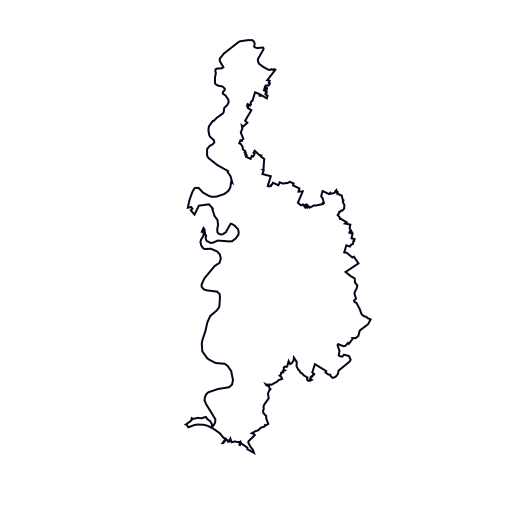 the district of Cosamaloapan de Carpio, Veracruz, Mexico, rotated 122°
{"feature_id": "50627088B77011733949691", "entity_name": "Cosamaloapan de Carpio", "entity_type": "district", "adm_level": 2, "iso_a3": "MEX", "parent_name": "Mexico", "parent_adm1": "Veracruz", "projection": "albers", "projection_center": [-95.972, 18.282], "detail": "fine", "context": "isolated", "style": "outline", "palette": "ink", "viewbox_px": 512, "rotation_deg": 122, "n_neighbors": 0, "source": "geoboundaries", "source_scale": "gbopen_adm2", "svg_char_len": 6144}
<svg xmlns="http://www.w3.org/2000/svg" viewBox="0 0 512 512"><g transform="rotate(122 256 256)"><path d="M164.3,364.2L171.1,364.6L174.4,363.1L177.8,360.2L179.2,358.3L180.2,352.8L181.9,351.5L184.3,352.0L187.4,353.7L191.3,354.1L196.8,350.7L198.1,348.3L199.4,337.1L198.8,324.7L199.8,324.6L201.9,319.8L206.3,315.1L206.1,316.4L211.5,314.1L214.9,313.9L216.6,314.3L220.3,315.8L226.5,320.9L229.1,324.6L230.0,327.5L230.3,334.6L228.7,340.7L230.5,343.7L231.9,344.1L236.0,343.8L243.7,342.1L251.2,339.4L248.8,336.9L249.6,335.0L251.8,335.5L253.5,330.1L243.6,331.1L237.1,323.3L238.5,318.2L238.8,317.7L239.4,317.9L244.1,312.3L245.9,307.7L249.8,304.6L253.6,303.2L256.2,301.4L256.8,300.2L256.6,297.6L255.5,296.0L252.1,294.2L242.1,294.6L241.6,293.1L241.6,290.1L242.8,285.4L245.1,283.2L247.3,282.2L251.9,282.5L256.1,284.1L257.7,286.2L263.1,296.5L267.9,299.9L269.0,301.6L269.3,305.7L268.8,306.8L267.2,308.4L265.1,309.1L264.7,310.5L262.6,312.2L261.3,314.0L260.8,313.7L260.1,315.4L264.2,314.8L263.9,314.0L263.4,314.2L264.4,311.9L264.6,312.4L266.6,311.3L271.0,311.3L273.7,310.5L276.3,307.7L277.5,304.7L277.2,303.1L273.8,298.2L272.7,291.4L273.8,287.6L276.8,284.5L281.1,283.3L286.2,285.7L299.8,287.6L302.1,287.9L308.8,287.1L310.9,285.8L312.0,282.7L311.2,279.5L306.8,270.0L307.7,266.5L310.4,264.5L317.9,260.5L319.7,260.1L323.2,260.5L331.1,263.0L338.1,262.1L346.2,259.2L356.4,256.7L359.3,255.4L365.3,251.0L368.6,243.1L368.7,240.5L368.2,233.7L364.0,225.4L364.2,221.9L366.8,216.0L373.5,209.7L377.7,208.2L381.6,209.3L388.7,217.5L396.8,224.2L399.4,224.9L402.4,224.6L405.6,223.2L407.9,220.1L416.0,203.9L418.9,202.4L422.0,202.2L424.5,202.8L422.0,204.3L420.4,207.1L420.1,210.9L419.1,213.0L419.5,213.8L422.3,215.9L424.2,219.7L427.6,223.1L427.5,224.5L428.4,224.4L428.9,223.7L430.5,223.9L436.1,226.2L435.9,225.3L437.1,222.6L431.9,218.6L430.0,216.4L427.1,211.4L425.8,207.7L425.0,201.3L425.5,192.9L427.4,187.2L426.9,184.9L432.4,185.2L432.0,184.6L427.8,184.3L427.2,182.2L428.3,181.6L427.8,180.4L424.5,180.9L426.9,178.0L424.4,175.6L423.8,173.4L422.0,170.9L424.9,170.0L424.8,169.5L422.1,170.3L422.8,169.1L423.1,161.8L424.4,160.9L424.0,153.4L422.0,155.9L420.8,159.4L418.5,163.5L417.0,164.2L408.5,162.1L408.1,163.5L408.5,165.6L404.9,163.7L402.7,161.8L399.1,160.9L396.1,158.4L394.7,158.8L394.7,158.1L391.9,156.6L388.4,161.2L386.3,162.5L385.4,166.3L383.4,168.1L381.7,168.3L379.8,169.8L377.5,170.3L370.0,169.8L366.4,172.9L363.6,173.5L361.3,173.2L361.3,174.1L359.7,175.8L360.1,178.9L359.6,179.8L359.5,178.3L358.2,177.2L357.0,174.7L351.3,171.5L349.2,171.1L346.4,168.7L345.3,170.2L344.9,172.6L343.2,172.0L341.7,172.8L340.3,171.3L339.4,172.3L337.7,170.9L337.5,172.5L336.0,173.3L334.5,173.0L333.9,171.3L333.0,171.1L327.9,172.6L329.6,169.9L328.0,168.9L324.9,168.7L322.1,170.0L324.3,165.3L328.1,163.1L330.1,159.7L330.1,158.5L331.4,156.3L331.1,155.2L331.9,152.0L331.8,147.9L333.5,147.5L334.2,145.9L333.2,144.0L331.5,143.1L331.6,145.0L330.3,144.9L329.8,145.5L328.3,145.0L328.2,144.4L326.0,144.8L326.0,144.1L325.3,144.1L324.9,146.6L316.5,148.7L316.4,135.5L317.9,135.4L318.2,131.8L317.3,130.1L318.4,128.8L318.7,126.3L316.4,124.5L312.9,124.0L309.3,125.2L296.1,120.7L293.8,120.8L291.6,124.0L291.8,125.1L293.1,129.1L295.6,129.5L296.6,132.1L296.4,133.2L292.4,134.8L288.4,139.6L287.2,139.6L286.2,134.1L284.8,132.6L281.0,131.9L281.3,130.7L274.6,130.1L274.4,130.6L272.8,127.9L269.5,126.9L264.2,128.5L254.4,124.8L249.0,125.2L249.5,128.1L249.2,130.3L249.9,133.1L249.2,136.0L245.9,140.1L242.5,146.1L242.8,148.0L241.8,149.2L239.1,148.6L236.1,152.3L234.4,153.1L229.9,153.5L227.2,154.6L226.1,157.9L222.7,160.4L222.9,164.7L222.1,171.6L208.0,165.2L204.7,172.6L206.2,173.5L205.2,180.9L206.2,183.1L199.1,185.0L198.2,181.3L195.9,181.3L194.5,180.2L191.5,181.3L191.3,180.8L189.4,181.4L190.4,184.4L185.8,186.0L186.8,189.1L185.5,189.5L184.7,187.9L182.8,191.4L179.4,192.6L181.3,197.7L179.4,197.0L179.5,203.6L180.1,204.3L178.7,205.9L178.0,208.5L175.5,208.2L174.6,208.9L173.4,207.9L172.4,207.9L171.7,206.8L169.0,206.4L166.0,208.0L164.0,211.2L162.4,211.3L162.3,212.2L159.2,215.5L159.9,217.1L159.3,219.6L160.2,219.9L159.0,221.3L158.5,221.2L158.6,221.8L157.6,222.8L159.2,223.1L159.6,222.5L161.4,223.3L163.5,225.4L163.1,226.5L164.8,226.7L165.7,234.8L165.6,234.0L170.8,232.4L171.8,230.1L175.0,226.5L175.8,227.4L176.5,226.8L181.6,232.1L182.2,233.5L186.4,236.0L185.3,240.5L186.9,237.5L187.8,238.0L185.9,241.0L186.8,241.4L188.1,239.1L188.9,239.8L187.4,243.4L189.2,244.8L188.6,248.7L176.4,250.6L178.9,254.1L175.7,255.0L176.5,262.0L174.6,262.5L175.2,266.7L177.6,268.0L178.4,269.6L179.4,270.3L180.5,272.0L180.9,274.9L184.1,274.5L184.9,280.4L188.6,280.4L188.4,281.0L190.3,282.0L190.4,283.2L180.5,285.7L183.1,294.0L179.1,294.9L179.2,295.8L178.8,295.5L169.3,300.5L169.0,305.5L168.8,304.7L168.0,304.8L168.6,307.0L167.4,312.9L169.8,312.8L170.0,311.4L171.6,311.2L173.1,311.1L173.3,312.6L176.5,312.0L177.1,317.0L175.5,317.2L175.8,318.8L174.1,319.1L174.3,320.4L172.8,320.6L172.5,323.7L170.5,325.2L169.0,328.3L169.3,329.9L166.1,330.5L165.8,328.9L163.8,329.3L163.3,328.9L159.4,334.3L155.0,335.2L152.9,337.1L153.2,335.6L147.6,333.9L147.0,336.9L134.8,337.2L134.8,341.4L133.8,342.5L132.8,341.1L133.2,343.2L131.6,343.6L131.4,340.7L129.9,340.7L128.9,341.8L126.8,341.8L126.5,341.2L117.7,343.5L116.8,338.5L118.1,338.0L117.8,337.0L116.8,337.3L116.6,330.4L113.9,331.1L113.9,333.7L111.9,334.3L111.7,333.6L110.9,334.0L111.3,337.1L109.9,337.4L108.9,335.2L108.3,335.4L108.5,335.9L107.8,336.1L108.5,337.8L107.8,338.2L106.1,338.0L104.8,335.6L104.0,335.5L102.3,335.7L102.6,336.7L100.2,337.3L101.0,339.6L87.8,338.3L87.9,339.6L89.0,339.8L89.4,341.9L90.8,342.6L91.5,344.7L91.8,350.5L91.4,354.9L90.4,356.9L88.2,358.7L76.6,359.2L75.9,359.7L75.5,360.6L79.1,365.2L79.6,367.7L79.4,368.5L76.4,369.8L75.2,371.6L74.9,373.6L77.2,377.2L82.3,383.3L84.4,384.4L101.2,390.5L107.9,391.3L109.9,390.0L113.2,383.7L115.1,384.6L117.6,388.3L119.1,389.2L120.8,388.5L122.2,386.9L125.9,385.6L131.2,382.4L131.7,381.1L131.6,378.1L130.3,375.2L130.1,373.4L130.8,371.0L132.0,370.4L134.2,371.0L135.9,370.2L136.0,367.0L137.3,364.0L138.3,362.1L140.2,360.6L143.3,360.4L147.1,361.4L151.3,359.6L152.8,359.7L159.6,362.5L164.1,363.5L164.3,364.2Z" fill="none" stroke="#020617" stroke-width="2"/></g></svg>